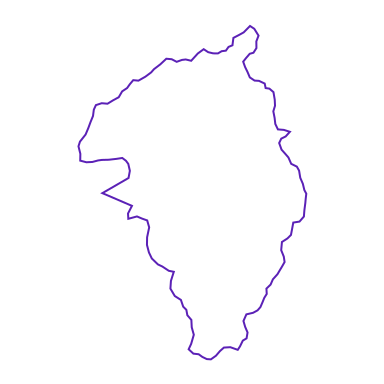 the district of Campestre de Goiás, Goiás, Brazil, rotated 181°
{"feature_id": "56859067B36486008417996", "entity_name": "Campestre de Goiás", "entity_type": "district", "adm_level": 2, "iso_a3": "BRA", "parent_name": "Brazil", "parent_adm1": "Goiás", "projection": "robinson", "projection_center": [-49.702, -16.781], "detail": "fine", "context": "isolated", "style": "outline", "palette": "violet", "viewbox_px": 384, "rotation_deg": 181, "n_neighbors": 0, "source": "geoboundaries", "source_scale": "gbopen_adm2", "svg_char_len": 2052}
<svg xmlns="http://www.w3.org/2000/svg" viewBox="0 0 384 384"><g transform="rotate(181 192 192)"><path d="M192.6,34.7L187.8,30.4L182.5,29.9L178.8,27.3L174.3,25.2L170.2,25.0L165.2,28.7L161.3,33.4L157.4,37.0L151.0,37.5L143.5,35.0L141.3,38.5L138.6,44.3L134.9,46.6L134.0,52.5L136.5,58.1L138.3,63.9L135.5,70.6L128.8,72.3L124.4,74.8L121.6,78.1L119.5,83.2L117.9,87.4L115.5,91.4L115.9,96.7L111.8,100.8L109.6,106.1L105.1,111.3L102.9,115.2L100.7,119.0L98.2,123.6L99.1,129.0L101.8,135.4L101.2,143.6L95.8,147.2L92.3,150.8L91.2,157.2L90.2,163.2L84.0,164.3L79.7,169.4L79.3,175.9L78.5,183.0L78.2,187.2L77.7,192.3L79.7,195.9L81.3,202.1L84.0,208.1L85.3,215.2L87.6,219.2L93.3,221.9L96.2,228.2L99.5,231.9L103.2,235.9L105.7,242.5L103.7,246.9L99.3,249.2L95.2,253.9L101.2,255.7L107.2,256.1L109.9,261.5L110.7,267.5L112.1,274.1L110.5,279.7L110.9,285.8L112.3,293.3L116.4,296.7L120.2,297.2L121.2,301.7L127.0,304.3L131.4,304.5L136.2,307.6L138.6,313.0L141.1,317.9L143.1,323.2L140.2,327.0L136.7,331.2L133.0,332.3L130.1,337.0L130.3,343.7L128.2,349.5L132.6,356.3L136.9,359.0L143.1,352.5L147.6,349.9L153.3,346.8L154.1,339.4L158.0,337.7L160.6,333.9L164.8,333.3L168.5,331.0L173.3,331.0L178.3,332.1L182.8,335.0L188.6,330.6L195.1,323.2L200.6,324.4L204.3,323.9L209.6,321.9L214.6,324.4L220.0,324.8L225.8,319.2L232.2,314.1L234.9,310.9L240.6,306.5L247.5,302.4L252.7,302.8L256.1,298.6L258.7,294.8L263.6,291.4L266.9,285.5L272.5,282.3L278.0,278.8L283.8,279.2L289.6,277.2L291.6,272.6L292.3,266.3L294.7,260.1L296.8,254.1L299.4,247.6L304.9,240.4L306.3,235.7L304.3,228.2L304.3,221.4L298.1,219.9L292.1,220.3L286.5,221.9L282.7,222.5L275.8,222.8L268.2,223.8L262.3,224.8L258.6,222.1L256.2,219.0L254.5,212.1L255.7,204.9L281.6,189.3L251.8,177.1L255.6,169.4L255.2,164.1L246.6,166.6L241.4,164.5L236.3,162.8L234.2,155.9L236.1,145.9L236.1,138.3L234.0,130.8L231.0,124.8L224.8,119.0L220.4,117.0L213.8,112.8L208.8,111.9L211.5,102.8L211.9,95.0L207.4,87.7L201.2,83.9L198.8,77.2L195.6,74.1L194.5,68.7L190.4,64.1L189.9,56.7L187.7,49.3L190.2,40.1L192.6,34.7Z" fill="none" stroke="#5b21b6" stroke-width="2"/></g></svg>